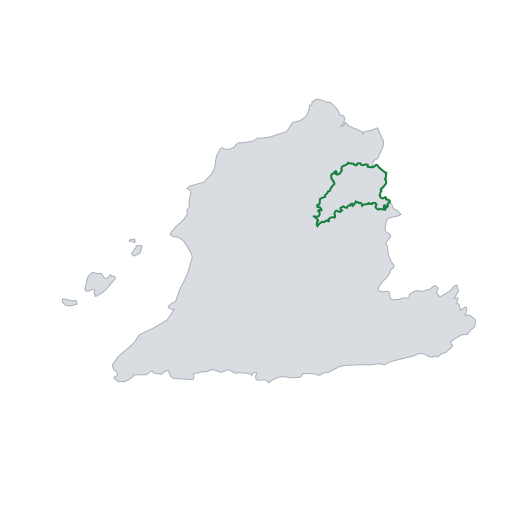 Badajoz highlighted on a map of Spain, rotated 167°
{"feature_id": "ESP-5807", "entity_name": "Badajoz", "entity_type": "Autonomous Community", "adm_level": 1, "iso_a3": "ESP", "parent_name": "Spain", "parent_adm1": "", "projection": "robinson", "projection_center": [-5.947, 38.694], "detail": "fine", "context": "in_parent", "style": "outline", "palette": "green", "viewbox_px": 512, "rotation_deg": 167, "n_neighbors": 0, "source": "natural_earth", "source_scale": "10m", "svg_char_len": 9314}
<svg xmlns="http://www.w3.org/2000/svg" viewBox="0 0 512 512"><g transform="rotate(167 256 256)"><path d="M272.5,129.6L272.5,130.9L274.9,133.2L281.9,134.6L283.7,135.6L283.4,138.9L281.8,141.7L283.3,142.9L285.0,142.9L287.0,140.6L287.5,142.1L290.7,143.5L297.8,146.0L302.7,146.4L308.0,151.4L316.3,150.5L323.9,155.3L330.9,154.3L332.5,155.2L343.5,155.3L343.9,151.4L345.2,149.8L364.3,155.3L366.7,158.7L366.4,160.4L367.5,164.4L370.0,164.2L374.9,162.0L381.5,164.8L383.2,167.2L384.6,167.4L389.4,165.0L402.6,167.8L403.1,166.0L404.0,165.4L409.4,163.7L411.7,163.3L418.8,164.6L419.7,166.9L421.1,167.7L421.8,169.7L417.7,170.8L417.4,174.2L420.1,177.1L420.6,182.0L413.7,188.4L393.9,199.1L387.4,205.6L372.4,208.8L357.0,213.6L347.9,222.2L350.3,222.9L353.2,225.8L352.3,227.1L348.3,229.1L344.6,229.7L338.1,240.2L329.0,251.2L325.6,256.1L318.4,269.0L318.4,272.7L322.4,285.5L324.6,288.9L327.6,291.7L333.2,294.1L334.7,296.5L332.8,298.7L327.3,302.7L317.6,308.2L313.6,312.4L312.8,316.6L309.9,318.4L309.0,324.2L305.2,332.2L305.0,334.3L308.1,337.2L305.1,339.0L290.1,339.7L280.8,346.0L276.2,351.6L272.2,362.0L267.1,368.1L264.8,369.2L261.3,366.5L256.9,366.1L252.6,367.0L250.4,369.1L246.9,370.3L243.5,369.3L236.0,368.7L232.8,368.8L227.6,370.5L223.2,369.4L215.7,368.8L199.6,370.2L197.6,370.8L190.4,377.8L182.6,378.0L175.6,380.8L170.8,387.6L169.9,391.2L168.5,390.4L167.4,390.7L166.9,393.4L162.0,395.2L156.5,392.9L151.9,389.5L149.5,389.3L145.6,384.1L143.9,380.7L142.8,377.1L142.7,374.6L139.2,373.1L138.4,369.8L140.9,365.5L144.2,363.1L141.1,363.3L138.9,366.1L136.0,361.6L124.3,353.0L124.9,349.9L123.0,352.2L121.6,352.8L115.6,352.5L108.7,353.5L105.9,338.9L107.7,333.7L115.5,323.7L120.3,322.3L122.3,317.1L117.8,317.4L110.8,307.4L112.7,298.1L119.7,291.1L120.9,288.3L121.2,285.7L119.9,283.9L116.0,282.9L112.1,275.6L111.3,271.0L108.0,268.4L105.4,263.9L107.8,263.2L117.7,263.2L120.1,262.0L122.0,258.9L123.9,253.9L124.3,250.9L120.5,246.6L120.3,245.7L120.9,244.2L126.9,239.4L125.7,235.8L126.7,228.2L126.2,223.8L125.6,220.2L123.5,215.5L124.9,213.6L128.0,212.0L130.5,208.2L134.2,205.0L139.0,202.4L144.5,196.8L143.7,194.3L141.8,192.8L134.9,191.8L134.4,190.6L134.5,184.5L132.7,182.1L130.2,182.4L126.5,181.3L125.5,182.0L120.7,181.8L117.3,180.7L115.9,181.6L115.5,183.8L109.8,186.0L106.6,185.9L101.3,184.0L95.4,184.7L94.7,184.2L89.6,186.7L87.9,186.8L85.8,183.8L88.6,179.4L86.3,175.2L84.7,175.1L75.3,178.1L69.7,182.1L67.5,182.7L66.8,181.9L66.6,176.3L72.4,170.2L68.8,169.8L69.0,168.1L71.3,165.3L69.0,163.2L69.1,157.1L63.9,159.1L62.6,158.8L62.6,156.3L65.8,151.4L62.5,150.9L60.0,149.0L56.9,145.0L56.9,142.9L58.7,138.0L63.2,135.7L67.6,132.2L73.6,132.9L82.6,130.0L85.7,128.5L85.6,126.4L84.6,124.9L85.5,123.4L92.9,119.3L97.3,118.9L101.7,116.8L104.7,118.2L107.3,117.7L110.3,119.3L114.3,122.9L120.1,124.4L124.7,123.2L148.5,122.9L155.2,121.1L160.4,123.4L170.6,124.4L176.7,126.2L193.5,129.3L199.6,129.4L211.8,126.3L215.2,127.1L220.0,125.6L222.4,125.9L225.5,128.0L236.3,130.9L239.1,128.5L241.2,127.9L249.0,129.4L256.8,132.5L260.9,132.7L266.8,131.9L272.5,129.6ZM420.7,259.2L423.6,260.5L426.5,259.4L428.1,259.7L429.7,260.3L430.2,262.6L424.2,273.8L419.2,276.9L414.0,274.5L411.0,273.9L410.1,273.0L409.3,269.4L407.9,268.2L405.9,267.7L402.0,270.5L400.7,268.6L398.8,268.3L398.1,267.1L398.1,265.6L410.0,256.9L413.5,255.0L420.9,252.7L422.0,253.1L421.1,254.4L422.2,255.6L420.7,259.2ZM455.1,254.7L454.0,257.8L444.8,253.6L441.8,253.2L441.1,252.5L441.2,249.4L447.3,249.0L452.3,250.5L455.1,254.7ZM371.4,290.7L370.4,292.9L365.9,292.1L364.8,291.2L365.7,288.7L367.0,288.4L367.1,286.7L368.4,284.9L374.7,283.4L376.2,284.6L376.6,286.4L372.8,290.2L371.4,290.7ZM376.1,299.6L375.4,300.1L370.5,299.7L370.3,298.2L371.3,296.1L373.1,298.2L376.0,298.6L376.1,299.6Z" fill="#d9dde1" stroke="#a8b0b8" stroke-width="1"/><path d="M113.0,301.6L112.9,301.3L112.8,301.2L112.6,301.1L112.4,300.8L112.4,300.6L112.4,300.2L112.4,299.4L112.6,298.1L112.7,297.9L113.0,297.4L114.4,296.2L114.8,295.9L115.3,295.7L115.8,295.3L116.2,294.9L116.3,294.5L116.6,294.3L118.0,294.0L118.5,293.8L118.8,293.4L119.2,293.2L119.4,293.0L119.4,292.5L119.5,291.9L119.1,291.2L119.8,290.7L120.4,289.8L121.4,288.0L121.7,287.6L121.9,287.3L121.9,286.9L121.5,286.7L121.7,286.1L121.5,285.4L121.1,284.7L120.7,284.3L120.0,283.8L119.2,283.6L118.4,283.7L117.7,284.1L117.4,284.3L116.9,284.2L116.5,284.0L116.2,283.7L116.1,283.4L116.5,282.7L116.5,282.3L116.2,281.6L115.5,281.3L114.6,281.1L113.9,280.7L113.5,280.1L113.3,279.4L113.3,278.7L113.7,278.0L115.1,278.2L116.5,276.4L116.5,276.0L116.2,275.7L116.1,275.4L116.2,275.2L116.3,274.8L116.4,274.7L117.7,274.1L118.3,273.9L119.0,274.0L118.8,275.7L119.0,276.4L119.6,276.5L119.8,276.4L120.0,276.2L120.5,274.3L120.5,274.0L120.5,273.7L120.3,273.5L120.1,273.3L119.2,272.8L119.7,272.0L124.5,273.9L124.9,274.0L126.1,273.7L126.6,273.8L127.1,274.2L127.7,275.4L128.3,275.9L128.5,276.8L128.2,277.7L127.0,279.1L127.7,280.6L128.0,280.9L130.6,281.4L131.2,280.6L133.4,281.2L133.6,281.3L133.7,281.8L133.8,282.0L134.0,282.1L134.3,282.2L134.6,282.2L134.9,281.7L135.1,281.5L139.7,281.9L141.3,281.1L141.4,283.1L141.5,283.6L142.0,284.2L143.4,284.2L143.9,284.5L144.4,285.4L144.6,285.6L144.9,285.6L145.6,285.6L145.8,285.6L146.5,286.6L148.1,284.7L150.1,283.2L150.4,285.3L150.5,285.4L150.6,285.5L151.2,285.4L152.5,283.9L153.0,284.8L154.9,284.1L155.8,283.5L156.4,282.6L157.6,282.8L159.9,284.8L161.2,284.1L162.2,284.1L162.5,284.0L162.9,283.5L163.2,282.8L163.2,282.4L162.4,281.1L162.2,281.0L163.6,280.2L164.3,280.0L165.0,280.2L166.5,281.6L167.2,282.0L168.2,281.9L168.6,281.6L169.4,280.7L170.1,279.5L170.1,279.2L169.9,278.5L169.8,278.3L170.0,276.9L170.3,276.1L170.8,275.9L173.0,276.6L175.0,276.6L176.2,276.0L176.7,275.5L176.9,275.2L176.9,274.9L176.9,274.1L177.0,273.8L177.4,273.4L177.9,273.6L178.6,274.7L180.6,274.4L182.0,273.6L183.9,274.5L184.6,274.1L184.8,274.1L185.0,274.0L185.2,273.9L185.8,273.6L186.9,273.3L187.2,273.2L187.6,272.7L189.1,271.9L189.4,271.5L189.8,272.7L189.7,273.3L189.3,274.1L188.9,275.4L188.6,275.7L188.3,275.9L188.0,275.9L187.7,276.1L187.5,276.3L187.5,276.7L187.6,277.0L188.2,278.4L188.7,279.3L188.8,279.4L188.9,279.6L189.2,279.9L190.1,280.9L190.5,281.5L190.1,281.5L189.9,281.4L188.9,281.0L188.7,280.8L188.4,280.7L187.9,280.6L187.4,280.7L187.1,280.7L186.8,280.7L186.3,280.6L186.1,280.6L185.9,280.8L185.7,281.0L185.1,281.6L184.9,281.8L184.8,282.0L184.6,282.4L184.3,283.9L184.3,284.5L184.4,284.8L184.6,285.0L185.1,285.3L185.3,285.5L185.4,285.8L185.3,286.1L184.5,286.5L184.3,286.6L184.0,286.6L183.5,286.4L182.7,286.0L182.5,285.9L182.2,285.9L181.9,285.9L181.7,286.1L181.7,286.4L181.8,286.6L181.9,286.9L182.0,287.2L182.0,287.4L182.2,287.6L182.3,287.7L182.4,287.8L182.4,288.1L182.5,288.3L182.5,288.6L182.6,288.9L182.7,289.1L182.9,289.2L183.9,289.5L184.1,289.6L184.9,289.7L185.1,290.0L185.2,290.4L185.1,290.9L185.0,291.7L184.8,291.9L184.6,291.9L183.7,291.8L183.2,291.9L183.0,292.0L182.8,292.2L182.5,292.5L182.1,293.2L181.9,293.6L181.2,296.1L181.0,296.8L180.7,297.2L180.5,297.3L180.3,297.3L180.1,297.3L179.8,297.4L179.3,297.6L178.5,297.7L178.0,297.9L175.7,298.0L175.3,298.1L175.3,298.3L175.4,298.6L175.4,298.8L175.3,299.2L175.2,299.5L175.0,299.8L174.2,300.1L172.8,301.0L171.9,301.8L171.7,302.0L171.4,302.4L171.4,302.6L171.2,302.8L170.6,302.7L170.0,302.7L169.7,302.8L169.1,303.3L168.7,303.8L168.5,304.1L168.4,304.3L168.3,304.5L168.2,304.9L168.0,305.3L167.1,305.8L166.6,306.2L166.5,306.4L166.2,306.9L165.9,307.1L165.4,307.3L164.1,308.0L163.7,308.3L163.5,308.5L163.3,309.3L163.3,309.5L163.4,309.8L163.7,310.1L163.8,310.3L163.8,310.6L163.7,311.0L163.6,311.6L163.7,311.9L163.8,312.0L164.0,312.2L164.1,312.3L164.2,312.5L164.3,312.6L164.4,313.1L164.5,313.2L164.5,313.4L164.6,313.6L164.9,314.1L165.0,314.3L164.9,314.5L165.0,314.8L165.0,315.0L165.1,315.3L165.1,315.6L165.1,315.8L165.0,316.3L164.8,316.6L164.7,316.9L164.6,317.4L164.6,317.6L164.6,317.8L164.5,318.0L163.2,319.0L161.9,318.9L161.4,319.3L161.2,319.5L160.5,320.1L159.8,320.6L159.3,320.7L159.0,320.6L158.8,320.4L158.7,319.7L158.6,319.4L158.6,319.2L158.8,319.0L159.0,318.9L159.3,318.8L159.8,318.5L159.9,318.3L159.8,318.1L159.7,317.9L159.2,317.4L158.8,317.1L158.5,317.0L156.5,317.3L155.6,317.6L155.3,317.8L155.1,318.0L154.8,318.5L154.7,318.7L154.5,318.8L153.7,319.3L153.4,319.5L153.2,319.8L153.1,320.0L153.0,320.3L153.0,320.5L153.2,320.8L153.3,321.0L153.4,321.5L152.8,322.4L152.7,322.6L152.6,323.0L152.2,323.6L151.8,323.8L151.4,323.9L150.2,324.2L149.6,324.2L147.3,324.7L146.6,325.0L145.7,325.7L145.3,326.1L144.8,325.6L140.9,324.1L140.1,323.9L140.0,323.7L140.0,323.4L139.9,323.1L139.6,322.8L138.4,321.9L138.1,321.8L137.8,321.8L137.6,321.9L137.4,322.0L137.2,322.2L137.1,322.5L136.6,322.8L136.5,323.0L136.4,323.2L136.3,323.3L135.9,323.3L135.1,323.1L133.7,323.0L133.5,322.9L133.5,322.6L133.5,322.3L133.4,322.1L133.3,321.8L132.8,321.1L132.4,320.8L132.0,320.6L131.6,320.5L130.6,320.4L129.9,320.5L128.5,320.5L127.6,320.3L127.3,320.1L126.9,320.0L126.6,319.8L126.5,319.6L126.6,319.3L126.8,318.9L126.9,318.6L127.1,318.4L127.2,318.2L127.2,317.9L127.0,317.6L123.0,316.3L122.5,316.7L122.1,316.4L121.2,316.5L120.5,316.7L120.4,316.7L120.2,316.7L119.8,317.2L119.1,317.5L118.4,317.6L117.9,317.6L117.5,317.3L117.2,317.0L116.0,314.1L115.9,313.9L115.4,313.5L115.2,313.3L115.0,313.1L114.9,312.6L114.7,312.4L111.6,308.6L110.8,308.0L110.4,307.8L110.8,307.3L111.1,306.9L111.1,306.5L110.8,306.0L111.1,305.6L111.6,303.8L112.9,302.1L113.0,301.6Z" fill="none" stroke="#15803d" stroke-width="2"/></g></svg>